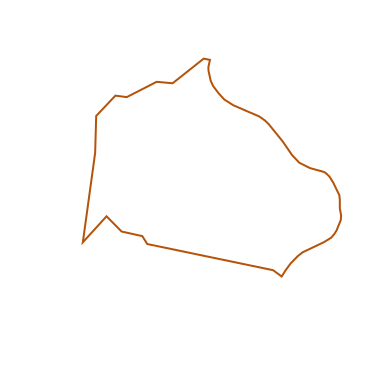 outline of Trimble, Kentucky, United States of America, rotated 141°
{"feature_id": "52423323B52829235192196", "entity_name": "Trimble", "entity_type": "district", "adm_level": 2, "iso_a3": "USA", "parent_name": "United States of America", "parent_adm1": "Kentucky", "projection": "natural_earth1", "projection_center": [-85.386, 38.615], "detail": "fine", "context": "isolated", "style": "outline", "palette": "amber", "viewbox_px": 384, "rotation_deg": 141, "n_neighbors": 0, "source": "geoboundaries", "source_scale": "gbopen_adm2", "svg_char_len": 729}
<svg xmlns="http://www.w3.org/2000/svg" viewBox="0 0 384 384"><g transform="rotate(141 192 192)"><path d="M94.9,283.4L99.0,288.3L138.6,288.7L150.2,299.9L183.0,306.8L190.9,315.1L218.6,311.4L242.6,283.4L308.5,221.6L273.7,226.9L271.6,205.6L258.4,189.0L259.5,179.7L178.2,80.2L175.5,69.9L169.1,72.1L160.4,74.4L151.1,75.5L150.7,75.6L143.8,75.5L121.1,70.0L112.7,68.9L108.1,69.7L103.7,71.2L94.0,76.6L91.0,79.7L87.4,86.3L82.1,92.8L79.5,96.8L76.3,110.6L75.5,117.2L75.9,121.3L76.7,124.3L85.3,136.4L90.2,147.2L91.0,157.7L89.7,174.3L89.7,196.5L90.3,201.5L91.3,205.2L92.3,208.6L98.7,220.7L105.4,233.6L108.7,243.6L109.2,251.8L108.9,261.0L107.5,266.6L102.9,275.8L100.7,278.7L94.9,283.4Z" fill="none" stroke="#b45309" stroke-width="2"/></g></svg>